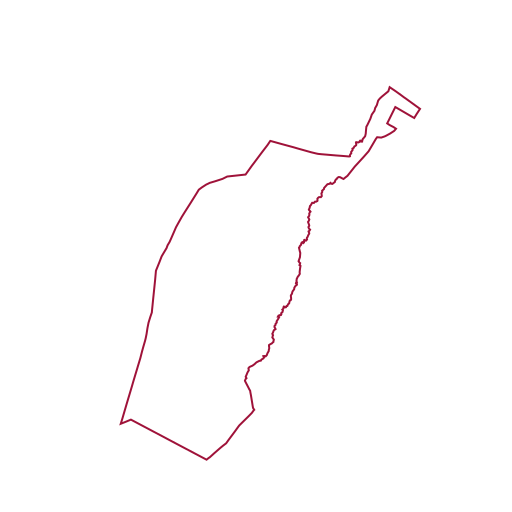 Su'xbaatar, Ulaanbaatar, Mongolia, rotated 214°
{"feature_id": "93677404B10423406698460", "entity_name": "Su'xbaatar", "entity_type": "district", "adm_level": 2, "iso_a3": "MNG", "parent_name": "Mongolia", "parent_adm1": "Ulaanbaatar", "projection": "orthographic", "projection_center": [106.924, 48.052], "detail": "fine", "context": "isolated", "style": "outline", "palette": "rose", "viewbox_px": 512, "rotation_deg": 214, "n_neighbors": 0, "source": "geoboundaries", "source_scale": "gbopen_adm2", "svg_char_len": 4882}
<svg xmlns="http://www.w3.org/2000/svg" viewBox="0 0 512 512"><g transform="rotate(214 256 256)"><path d="M183.1,59.5L182.3,62.1L181.8,63.2L180.4,68.9L178.7,75.3L178.1,77.5L177.2,80.5L176.0,84.0L175.9,88.1L175.4,98.6L175.2,104.9L175.1,106.3L172.5,119.2L171.7,123.6L171.6,127.2L171.5,127.5L173.5,128.4L174.5,129.4L177.5,132.6L182.4,137.8L184.2,139.6L185.6,141.1L186.8,141.6L189.1,142.9L195.0,146.1L195.5,146.5L195.8,148.5L195.6,149.4L197.0,150.1L197.5,152.7L197.9,154.6L198.0,155.7L198.0,157.1L198.6,157.8L199.1,158.3L199.5,158.7L199.3,160.4L198.5,161.7L197.6,163.1L196.7,165.6L196.3,167.6L196.0,168.4L194.5,171.1L194.0,171.4L193.4,172.1L193.6,173.0L193.4,173.6L193.0,174.3L192.6,175.3L192.6,176.3L193.9,177.1L193.4,177.6L192.7,178.0L191.9,178.2L191.7,179.4L191.6,179.7L192.1,181.7L192.3,184.3L192.9,185.4L193.5,187.1L194.7,188.4L195.4,189.4L195.0,190.5L193.9,192.6L193.8,193.7L193.5,194.4L194.2,195.9L194.4,196.6L194.5,196.7L196.9,197.6L197.1,198.3L197.5,199.1L197.5,199.6L197.6,199.9L198.8,200.5L199.0,200.7L199.1,202.2L199.5,203.3L199.6,204.7L198.9,206.3L199.4,206.7L200.9,207.4L201.5,208.3L201.3,209.6L201.3,209.9L201.8,210.5L201.8,211.0L201.6,212.4L202.4,213.4L202.4,215.7L202.6,218.2L203.5,218.2L203.9,218.0L204.0,219.1L203.4,220.1L202.3,221.0L202.4,221.9L203.1,222.6L203.1,223.2L202.7,224.3L203.3,226.0L204.2,226.3L203.9,227.8L204.6,228.9L204.6,229.7L204.1,229.8L203.2,229.7L202.9,229.9L202.5,230.3L202.6,230.9L202.7,231.6L202.1,232.1L202.3,232.6L202.3,233.4L202.4,234.4L202.3,234.6L202.0,235.2L202.5,236.3L203.0,237.8L203.0,238.2L202.5,238.8L202.7,239.8L203.5,240.9L204.9,242.5L205.1,243.5L205.1,245.0L205.6,246.0L205.9,247.2L205.8,249.0L205.8,249.8L206.5,251.2L206.5,251.6L206.6,252.9L206.0,255.1L206.8,256.0L207.6,255.7L207.8,256.1L207.4,257.1L208.5,257.8L208.9,258.9L209.4,259.6L209.8,262.4L209.6,263.6L209.7,265.7L210.8,267.0L212.5,270.3L213.6,272.7L214.9,272.8L215.0,273.9L215.4,274.8L216.6,274.9L217.1,275.3L217.8,275.5L218.9,279.6L221.0,283.3L222.2,284.3L225.0,286.9L225.0,287.0L224.9,287.9L225.2,288.5L225.1,289.5L225.0,290.1L224.9,290.5L225.5,291.7L225.6,292.8L225.2,293.5L224.8,293.3L224.1,293.1L223.8,294.1L224.5,295.3L225.0,296.1L224.8,296.5L223.2,296.6L222.9,298.2L223.0,298.3L223.7,298.9L224.0,299.7L223.9,300.8L224.3,302.2L224.4,304.1L224.6,304.7L225.3,305.1L226.2,305.8L225.8,306.9L225.9,308.1L227.2,308.3L228.1,308.8L228.7,309.3L228.8,310.9L229.5,311.6L231.9,313.3L231.9,314.8L232.3,316.2L232.8,316.4L234.5,317.3L234.4,319.0L234.8,320.1L235.5,320.7L235.8,322.3L235.6,323.2L236.3,323.5L236.6,323.5L237.5,323.7L238.1,324.0L238.5,326.0L239.2,327.6L239.0,328.5L239.0,328.9L239.2,331.5L238.2,332.1L237.7,332.3L237.5,334.0L236.6,334.6L235.9,335.9L236.2,336.7L237.1,337.7L237.1,338.8L236.7,340.0L235.1,341.1L235.0,342.5L236.3,344.0L236.8,344.5L236.8,345.3L236.9,346.2L237.7,347.1L237.1,349.5L237.6,350.5L236.9,355.5L235.9,356.4L235.7,356.6L235.1,358.3L234.2,357.9L233.0,358.5L232.0,361.5L232.4,362.3L232.6,364.1L232.2,364.7L232.2,366.5L231.5,367.8L230.2,368.4L228.6,368.5L227.0,368.7L226.5,368.8L225.9,370.9L225.0,373.6L224.1,385.5L223.3,390.7L222.1,398.8L221.9,400.4L221.2,405.8L221.7,413.9L222.1,420.1L222.0,422.2L218.4,424.2L216.2,427.1L215.6,428.1L214.8,429.6L213.3,432.5L211.4,437.0L211.3,437.9L211.1,439.8L214.1,439.8L216.6,439.5L218.5,439.3L221.4,439.3L221.7,441.7L223.1,452.1L223.8,457.4L219.5,457.7L205.6,458.6L202.0,458.9L202.2,463.4L202.3,469.7L220.2,470.3L222.0,470.3L225.9,470.5L233.5,470.7L239.6,470.7L238.4,466.6L240.8,458.4L241.4,455.8L241.6,453.7L241.6,453.1L240.2,448.7L240.0,446.0L240.0,445.5L239.0,442.6L239.1,438.0L238.7,436.6L237.9,433.6L236.9,426.6L236.8,424.9L234.7,421.0L233.4,418.7L232.9,417.4L232.5,416.3L232.7,414.3L232.9,412.7L232.3,410.8L232.0,410.2L232.8,409.6L233.7,410.2L234.2,409.8L234.2,408.1L234.7,407.3L236.6,406.4L236.5,405.8L235.4,404.8L235.0,404.0L234.9,403.8L235.3,402.6L235.7,401.8L235.5,400.2L236.1,398.9L235.2,398.0L235.2,397.2L235.3,395.4L234.4,394.3L234.7,392.9L234.3,391.6L233.9,391.2L234.4,390.6L240.3,387.3L245.9,384.1L258.8,376.9L261.6,375.4L263.3,374.7L268.4,372.8L281.4,368.5L285.8,367.1L297.5,363.1L308.3,359.5L308.5,359.4L308.5,354.4L309.0,346.3L309.2,342.4L309.7,332.0L309.9,328.5L310.2,317.7L317.3,311.7L324.3,305.8L326.9,301.2L331.6,295.2L335.3,290.7L336.0,289.4L337.2,287.4L339.2,282.7L340.5,279.0L340.3,275.1L339.9,263.6L339.6,252.5L339.4,247.0L338.8,239.6L338.4,235.1L337.4,229.8L336.0,222.2L335.5,219.3L335.3,215.5L334.8,213.4L334.6,212.8L334.1,204.0L334.0,202.8L332.7,197.2L330.8,188.2L330.7,187.8L326.5,180.2L322.8,173.3L317.3,163.0L313.1,155.2L311.6,152.4L310.8,151.0L309.5,146.2L307.8,140.6L305.7,135.6L303.1,130.1L301.4,126.0L300.5,123.5L298.6,117.6L297.1,113.1L294.8,106.7L293.4,102.2L292.3,98.6L291.5,96.1L289.3,89.0L287.4,82.9L286.1,78.9L283.5,70.6L281.1,62.9L278.4,54.4L275.9,46.6L274.3,41.3L271.5,45.4L268.2,50.4L214.7,56.1L183.1,59.5Z" fill="none" stroke="#9f1239" stroke-width="2"/></g></svg>